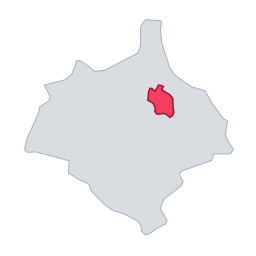 Orahovac highlighted on a map of Kosovo, rotated 177°
{"feature_id": "KOS-5891", "entity_name": "Orahovac", "entity_type": "District", "adm_level": 1, "iso_a3": "XKX", "parent_name": "Kosovo", "parent_adm1": "", "projection": "natural_earth1", "projection_center": [20.611, 42.394], "detail": "fine", "context": "in_parent", "style": "filled", "palette": "rose", "viewbox_px": 256, "rotation_deg": 177, "n_neighbors": 0, "source": "natural_earth", "source_scale": "10m", "svg_char_len": 1373}
<svg xmlns="http://www.w3.org/2000/svg" viewBox="0 0 256 256"><g transform="rotate(177 128 128)"><path d="M61.9,86.7L76.9,82.1L79.1,78.9L75.7,71.9L77.7,67.6L95.7,55.2L98.6,49.6L99.7,45.2L97.3,40.6L93.9,33.3L95.6,30.2L104.9,26.0L112.5,21.0L117.0,20.7L119.8,24.2L119.8,27.8L122.3,34.0L127.9,37.3L137.1,42.8L147.9,46.5L156.4,53.9L168.0,67.1L169.7,73.7L180.1,79.5L189.8,86.1L188.4,98.3L221.3,109.0L228.7,108.9L232.2,110.8L232.1,113.6L229.6,122.1L216.2,148.4L215.1,153.8L205.4,159.6L204.1,162.9L206.9,170.1L209.4,175.2L209.2,175.2L188.5,179.4L181.5,184.4L177.4,193.1L176.0,197.7L172.4,197.8L166.3,193.3L158.5,186.3L148.5,186.8L114.4,202.1L111.0,210.2L110.3,227.6L107.9,232.3L104.3,235.3L90.2,233.4L88.7,232.3L90.5,225.6L89.8,211.0L83.4,186.8L78.9,178.9L69.5,171.0L62.3,165.8L49.2,161.2L42.6,148.0L32.7,132.9L27.9,129.5L28.7,128.0L31.0,116.6L28.2,108.3L23.8,101.3L26.8,97.0L35.9,97.1L43.5,97.8L46.2,91.1L61.9,86.7Z" fill="#d9dde1" stroke="#a8b0b8" stroke-width="1"/><path d="M90.4,167.6L92.5,164.6L90.4,162.9L88.4,161.6L84.6,159.1L81.8,155.3L81.8,150.5L81.9,145.6L81.4,141.4L82.7,138.1L85.6,136.4L89.5,139.9L91.9,140.7L95.7,140.3L98.5,140.3L100.3,143.1L99.7,146.6L101.6,151.3L104.4,153.2L106.8,154.8L106.2,157.9L105.6,163.0L104.0,166.5L101.9,166.1L100.6,164.6L99.1,163.4L97.2,166.1L95.3,169.3L93.2,168.9L90.4,167.6Z" fill="#f43f5e" stroke="#9f1239" stroke-width="1.5"/></g></svg>